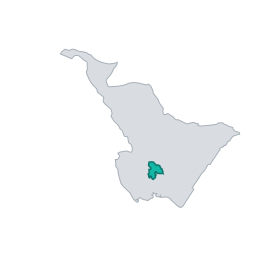 Mbam-et-Inoubou, Centre, Cameroon (highlighted), rotated 303°
{"feature_id": "32672807B45233775776188", "entity_name": "Mbam-et-Inoubou", "entity_type": "district", "adm_level": 2, "iso_a3": "CMR", "parent_name": "Cameroon", "parent_adm1": "Centre", "projection": "robinson", "projection_center": [10.919, 4.718], "detail": "fine", "context": "in_parent", "style": "filled", "palette": "teal", "viewbox_px": 256, "rotation_deg": 303, "n_neighbors": 0, "source": "geoboundaries", "source_scale": "gbopen_adm2", "svg_char_len": 5127}
<svg xmlns="http://www.w3.org/2000/svg" viewBox="0 0 256 256"><g transform="rotate(303 128 128)"><path d="M70.9,172.6L71.3,171.3L74.6,165.1L76.6,155.2L77.5,152.8L78.5,151.3L83.2,146.0L84.9,144.3L87.5,142.4L89.3,138.5L89.9,138.1L90.7,137.8L94.7,134.5L95.1,135.1L95.4,135.9L95.7,136.3L97.0,136.5L98.8,136.5L99.8,136.3L100.4,135.6L100.9,133.8L101.3,133.4L101.7,133.3L103.7,134.6L106.9,138.2L107.7,138.9L108.1,139.6L108.8,142.8L109.2,143.6L109.9,144.0L111.1,143.8L112.5,143.2L113.6,142.4L114.7,141.3L115.5,140.3L115.9,139.6L116.0,136.9L116.3,136.3L120.5,132.4L120.4,132.1L119.7,131.0L119.1,129.8L119.7,128.5L120.4,127.6L122.8,124.4L122.9,122.0L124.9,118.4L126.0,113.5L126.1,112.6L128.6,107.3L131.3,106.8L132.3,106.0L133.5,104.7L134.3,103.5L134.6,102.3L134.9,100.1L135.4,97.5L135.7,95.2L136.5,93.1L137.8,92.1L140.1,91.2L140.5,90.8L140.8,89.4L141.2,84.8L141.5,82.8L143.7,80.5L144.6,76.9L145.5,73.1L147.9,68.5L150.8,64.0L152.1,62.8L153.3,62.2L154.5,62.1L155.4,61.8L158.5,59.5L159.8,58.8L160.8,58.0L161.0,57.3L161.1,56.3L160.8,54.0L161.3,52.2L161.6,49.6L161.7,47.5L161.6,46.8L161.0,45.6L160.1,44.3L158.5,43.5L156.4,43.3L155.3,42.8L154.9,40.4L154.7,38.9L153.3,31.0L156.0,31.0L159.2,32.0L160.0,32.7L160.5,35.4L161.6,36.9L163.7,38.2L165.0,40.8L165.5,44.8L166.6,47.1L166.9,47.5L168.5,52.0L168.6,54.0L168.5,55.4L169.1,57.2L168.2,60.1L167.9,61.9L167.8,64.4L168.4,68.9L169.4,72.3L170.4,75.1L171.5,77.3L173.4,79.7L175.4,81.9L177.2,83.2L175.5,84.1L172.2,84.2L170.3,83.7L169.4,83.7L168.5,84.0L165.0,84.4L161.4,84.2L158.1,83.6L156.1,83.7L154.6,85.0L153.3,87.0L152.1,88.6L152.6,90.4L153.4,91.3L155.1,93.5L156.7,95.5L157.5,96.9L160.5,100.0L163.5,102.7L164.9,103.6L165.4,103.8L167.0,105.4L169.2,107.9L171.3,111.9L174.1,119.9L174.8,120.6L175.8,121.0L175.9,121.9L175.8,123.1L175.5,124.1L173.2,128.3L171.2,129.9L170.6,130.9L169.9,133.3L168.1,138.1L167.3,138.8L165.5,142.0L164.0,146.1L163.7,146.7L163.1,147.2L161.0,148.2L160.3,148.7L159.2,150.0L159.1,150.8L159.5,151.9L160.1,152.8L161.2,152.9L161.8,153.7L161.9,160.0L161.4,161.0L161.4,161.4L161.1,162.5L161.1,163.7L161.2,164.2L161.6,164.6L162.2,165.4L162.5,167.3L163.3,174.1L163.6,175.2L164.2,176.0L166.0,177.4L168.0,179.4L168.6,180.6L169.0,182.7L169.7,184.3L169.7,184.8L169.4,185.0L168.2,185.2L168.6,186.4L169.6,188.4L174.5,194.7L179.3,200.3L180.4,200.7L181.2,200.8L181.6,201.2L182.0,202.0L183.6,204.0L183.9,205.2L183.6,206.3L183.9,208.1L184.2,208.7L184.1,209.3L184.3,211.4L184.7,213.3L185.4,214.9L185.3,216.0L184.4,216.6L183.9,217.7L183.7,219.1L184.0,220.9L184.7,223.0L184.7,224.2L183.6,225.0L182.3,223.6L180.9,222.6L178.8,220.9L176.7,220.3L173.9,220.2L172.8,220.4L170.7,219.1L170.1,218.9L169.2,219.5L168.5,219.5L167.8,219.3L166.2,219.3L166.1,218.3L165.8,218.1L164.1,218.2L163.6,217.4L163.4,217.5L162.7,217.2L161.3,216.1L159.9,216.9L157.0,216.8L142.0,216.7L141.7,215.7L140.9,215.1L139.6,215.1L135.6,215.3L132.6,215.1L130.6,214.7L128.0,214.5L124.9,214.7L121.7,214.6L116.0,214.4L112.8,214.4L112.9,215.0L112.7,215.5L112.5,216.6L92.3,216.6L90.6,215.9L90.1,215.4L90.0,214.4L89.6,214.3L89.9,210.3L90.6,207.0L90.9,203.9L91.8,201.1L91.3,198.4L90.7,197.2L87.6,193.3L89.1,191.9L87.2,192.1L86.8,190.6L85.9,188.9L86.5,188.6L87.0,187.7L88.7,188.0L88.6,187.5L87.2,186.1L87.3,185.3L87.9,184.5L87.6,184.2L86.6,185.0L85.8,185.0L85.2,184.4L84.8,184.3L85.1,185.5L84.5,186.4L83.9,186.8L83.0,186.7L82.2,186.5L82.0,185.9L81.3,185.5L79.3,184.8L77.6,183.9L77.2,181.5L76.5,180.5L76.3,179.4L76.1,178.1L76.3,176.0L75.9,175.7L75.4,175.6L74.7,175.7L74.0,175.6L73.2,174.5L72.5,174.0L72.9,176.1L72.4,176.7L71.2,176.5L70.7,175.7L70.6,175.2L71.1,172.7L70.9,172.6Z" fill="#d9dde1" stroke="#a8b0b8" stroke-width="1"/><path d="M112.0,178.9L111.7,178.6L111.9,177.9L112.3,177.6L112.4,177.1L112.8,176.3L112.8,176.2L113.2,175.6L113.3,175.6L113.7,175.1L113.3,174.3L113.4,173.2L112.9,172.8L112.4,172.6L112.4,172.2L112.0,172.0L112.6,170.6L112.8,169.7L112.8,168.6L113.1,168.4L113.3,168.2L113.0,167.3L112.5,166.5L112.5,166.4L111.5,164.9L111.4,164.8L110.9,164.3L110.6,164.3L110.3,164.5L109.4,164.9L108.9,165.1L108.1,165.4L107.9,165.6L107.8,165.8L107.6,166.0L107.3,167.4L107.2,168.0L107.1,168.3L106.9,169.0L106.3,169.5L105.7,169.4L105.3,168.9L104.6,168.1L104.4,168.2L103.9,168.9L103.2,169.2L102.3,169.9L101.4,170.2L100.8,170.1L100.3,170.0L100.2,170.3L99.4,171.2L98.7,171.8L98.1,172.3L98.0,173.4L98.3,173.4L99.2,172.8L99.7,172.8L100.1,173.2L99.9,173.6L99.7,174.4L99.4,174.4L99.1,174.9L98.7,175.6L98.5,176.2L98.5,176.7L98.5,176.8L98.6,177.1L99.0,177.3L99.4,177.2L99.8,177.4L100.0,177.5L100.4,177.6L100.7,177.8L101.3,178.0L101.9,177.8L102.2,177.3L102.5,177.2L102.8,177.1L103.0,176.6L103.3,176.5L103.4,176.8L103.5,177.1L103.8,177.2L104.2,176.7L104.4,175.9L104.5,175.5L104.8,174.9L105.3,175.1L105.6,175.2L106.1,174.8L106.3,174.9L106.4,175.1L106.3,175.7L106.2,176.8L106.0,177.0L106.1,177.6L106.4,178.0L106.6,178.2L106.7,178.4L106.8,178.9L107.0,179.1L107.2,179.7L107.5,180.1L107.8,180.3L107.9,180.6L108.0,180.7L108.1,180.9L108.2,181.1L108.4,181.3L108.8,181.5L109.0,181.7L109.0,182.2L109.3,181.9L109.8,181.2L110.3,180.9L110.7,180.8L110.9,180.5L111.2,180.0L111.2,179.6L111.8,179.0L112.0,178.9Z" fill="#14b8a6" stroke="#0f766e" stroke-width="1.5"/></g></svg>